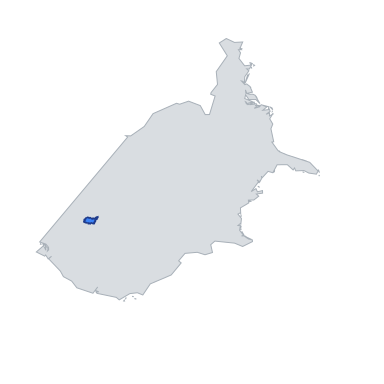 location of Beaverhead, Montana, United States of America, rotated 310°
{"feature_id": "52423323B11002176870348", "entity_name": "Beaverhead", "entity_type": "district", "adm_level": 2, "iso_a3": "USA", "parent_name": "United States of America", "parent_adm1": "Montana", "projection": "equal_earth", "projection_center": [-112.883, 45.148], "detail": "fine", "context": "in_parent", "style": "filled", "palette": "blue", "viewbox_px": 384, "rotation_deg": 310, "n_neighbors": 0, "source": "geoboundaries", "source_scale": "gbopen_adm2", "svg_char_len": 5935}
<svg xmlns="http://www.w3.org/2000/svg" viewBox="0 0 384 384"><g transform="rotate(310 192 192)"><path d="M299.8,133.2L319.0,131.5L323.7,117.1L331.6,119.6L333.9,128.4L339.5,134.4L332.6,136.5L332.6,138.2L330.9,136.1L329.8,139.7L324.5,142.1L322.5,151.2L326.6,155.1L328.7,154.6L327.8,152.9L328.6,153.7L329.2,155.6L323.1,156.9L321.5,154.8L321.4,157.7L314.2,158.3L309.3,162.0L309.5,159.9L308.8,158.5L308.2,163.5L309.9,164.4L310.1,168.6L307.3,174.1L302.8,170.7L304.6,167.3L302.3,169.7L304.0,173.5L306.0,175.7L306.7,178.2L303.4,187.2L303.9,181.5L299.4,176.2L300.9,170.6L297.5,172.3L300.1,180.5L296.2,178.0L295.0,178.3L295.7,175.7L295.5,174.9L294.6,176.9L294.8,178.7L300.8,181.9L299.8,183.4L296.9,180.5L295.9,180.0L299.5,183.5L300.9,184.2L300.4,186.3L298.6,184.7L301.6,187.9L301.1,188.3L299.6,186.7L296.1,185.9L300.7,189.0L303.3,188.9L307.0,196.7L303.9,190.7L305.2,194.6L300.1,193.7L304.2,197.6L305.8,196.5L304.1,200.0L299.2,198.8L302.3,200.6L300.1,202.4L303.2,203.7L298.0,204.5L296.0,210.2L291.2,211.8L283.0,222.3L281.6,221.1L279.1,230.8L279.1,233.2L281.4,240.7L290.4,263.1L289.1,275.1L285.6,275.8L281.6,269.3L280.4,264.0L274.9,257.9L276.3,255.1L273.9,255.3L274.2,247.5L267.6,239.7L258.7,241.5L256.7,237.0L247.8,236.6L248.8,234.9L247.4,236.6L243.4,237.4L243.1,234.0L242.6,236.4L230.4,237.1L235.7,238.8L234.2,242.0L238.4,245.1L236.5,246.8L231.8,242.6L231.7,245.8L225.6,244.5L222.0,240.4L220.1,242.5L211.0,239.3L206.2,243.7L207.4,242.5L204.6,241.4L203.5,246.9L198.3,250.4L199.5,249.4L195.9,248.8L197.3,250.7L193.3,253.0L192.0,259.2L190.1,258.2L191.7,259.8L192.3,265.5L194.1,269.0L192.9,270.2L182.8,265.8L180.2,257.5L169.1,241.1L163.7,240.2L158.8,246.6L152.3,242.3L149.2,234.8L140.5,226.1L130.7,226.0L130.7,229.3L115.1,229.4L94.8,219.1L81.5,220.5L79.7,214.9L74.2,209.7L62.6,205.6L62.6,201.7L53.3,184.4L53.7,182.6L55.6,184.8L54.5,181.1L58.7,180.8L50.8,181.2L44.6,165.4L46.4,157.1L44.5,147.9L46.8,142.0L48.7,125.2L52.5,125.7L48.3,124.8L49.7,120.4L48.2,120.4L46.0,111.3L55.5,112.8L53.4,117.6L56.7,114.2L56.2,118.2L53.9,119.2L55.5,119.4L57.4,117.7L58.2,113.6L55.8,107.4L192.7,107.4L192.5,105.0L195.6,109.0L211.5,113.3L227.0,111.8L250.0,123.1L251.3,126.1L259.4,131.0L263.5,142.8L259.8,152.4L262.6,155.6L280.4,148.0L278.9,143.5L280.4,142.7L290.8,142.4L299.8,133.2ZM316.8,160.4L319.8,159.8L309.2,162.8L317.8,159.2L316.8,160.4ZM56.4,111.2L57.5,113.8L57.4,114.2L55.7,112.3L56.4,111.2ZM193.9,268.0L192.4,263.0L192.3,260.2L192.6,263.1L193.9,268.0ZM333.4,136.9L333.7,138.2L333.1,137.9L333.4,136.9ZM222.2,241.8L222.5,243.0L221.4,242.1L222.2,241.8ZM67.0,210.0L68.4,209.4L68.5,209.6L67.0,210.0ZM65.6,209.6L65.1,210.4L64.6,209.7L65.6,209.6ZM326.0,157.1L325.3,158.0L325.1,157.8L326.0,157.1ZM192.9,257.6L192.3,259.8L193.9,255.4L192.9,257.6ZM287.7,255.7L289.4,260.1L287.4,255.2L287.7,255.7ZM73.8,213.6L74.4,214.7L73.7,213.7L73.8,213.6ZM289.7,275.7L288.7,277.2L290.3,274.2L289.7,275.7ZM307.8,199.3L306.9,201.0L307.3,197.0L307.8,199.3ZM55.2,109.2L55.1,109.9L54.6,109.5L55.2,109.2ZM197.4,251.6L195.5,252.6L197.4,251.2L197.4,251.6ZM329.1,157.5L329.3,158.5L328.3,158.3L329.1,157.5ZM73.7,216.8L74.2,218.2L73.5,217.0L73.7,216.8ZM195.1,253.4L194.3,254.0L194.9,253.1L195.1,253.4ZM306.4,179.9L305.5,182.1L306.5,179.1L306.4,179.9ZM205.6,244.7L204.4,245.6L206.2,244.1L205.6,244.7ZM279.5,232.0L279.4,233.8L279.2,232.5L279.5,232.0ZM303.7,204.0L303.3,204.3L304.4,203.0L303.7,204.0ZM261.9,241.2L260.5,242.1L259.9,241.9L261.9,241.2ZM242.8,237.1L242.5,237.4L241.7,237.4L242.8,237.1ZM278.8,264.2L279.1,265.5L278.5,263.9L278.8,264.2ZM239.1,239.7L238.9,240.8L238.7,238.7L239.1,239.7ZM286.5,278.9L285.7,279.0L286.9,278.6L286.5,278.9ZM309.9,169.4L309.5,170.4L310.0,168.9L309.9,169.4ZM306.0,201.3L305.5,201.7L305.4,201.7L306.0,201.3Z" fill="#d9dde1" stroke="#a8b0b8" stroke-width="1"/><path d="M105.2,137.4L105.3,137.3L105.2,137.2L105.3,136.8L105.4,136.7L105.6,136.6L105.8,136.5L106.0,136.6L106.3,136.6L106.5,136.7L106.8,136.7L106.8,136.8L107.0,136.7L107.2,136.8L107.4,136.9L107.5,136.8L107.6,136.7L107.6,136.4L107.8,136.3L107.8,136.2L108.1,136.1L108.3,136.2L108.2,136.2L108.3,136.3L108.5,136.3L108.8,136.3L109.1,136.3L109.3,136.3L109.5,136.3L109.7,136.2L109.9,136.2L110.0,136.1L110.2,136.3L110.3,136.5L110.4,136.4L110.6,136.4L110.8,136.3L110.9,136.2L111.0,136.2L111.4,136.2L111.5,136.2L111.9,136.2L111.9,136.3L112.0,136.3L112.1,136.2L111.9,136.2L112.0,136.1L111.9,136.0L111.9,135.9L111.9,135.7L112.0,135.6L112.1,135.4L112.0,135.2L110.5,135.2L110.5,134.7L109.3,134.7L109.1,134.7L109.1,134.4L108.6,134.4L108.5,133.8L108.4,133.8L108.4,133.2L107.7,133.2L107.7,132.7L107.1,132.7L107.0,130.9L107.0,130.6L106.8,130.3L106.6,130.3L106.4,130.4L106.2,130.3L106.1,130.2L105.9,130.1L105.8,129.9L105.8,129.7L105.9,129.3L105.9,129.2L105.9,128.9L105.6,128.7L105.6,128.4L105.4,128.3L105.4,128.2L105.2,128.1L104.9,128.0L104.7,128.0L104.4,127.9L104.2,127.8L103.9,127.6L103.8,127.4L103.4,127.4L103.3,127.5L103.1,127.5L102.9,127.9L102.7,127.9L102.4,128.2L102.5,128.2L102.4,128.2L102.1,127.9L102.1,127.6L101.9,127.4L101.8,127.1L101.7,127.1L101.6,127.4L101.4,127.5L101.2,127.6L100.9,127.7L100.7,127.7L100.6,127.8L100.3,128.0L100.2,128.2L100.1,128.3L100.0,128.1L99.9,128.1L99.7,128.2L99.6,128.3L99.7,128.6L99.6,128.8L99.7,129.0L99.8,129.2L100.1,129.2L100.2,129.3L100.1,129.5L100.0,129.8L100.3,129.8L100.4,130.0L100.3,130.3L100.4,130.5L100.6,130.7L100.5,130.8L100.5,131.0L100.8,131.4L100.8,131.5L101.0,131.7L101.0,131.8L101.2,132.0L101.3,132.1L101.4,132.3L101.5,132.5L101.8,132.8L102.0,132.9L102.0,133.0L102.0,133.3L102.0,133.5L101.9,133.6L101.7,133.6L101.8,133.7L101.9,133.9L102.0,134.1L102.1,134.3L102.3,134.3L102.5,134.4L102.5,134.6L102.8,134.6L103.0,134.4L103.1,134.5L103.3,134.6L103.5,134.7L103.6,134.8L103.7,135.0L103.8,135.0L103.8,135.3L103.9,135.5L104.0,135.6L104.0,135.8L103.9,135.8L103.9,136.0L104.0,136.1L104.1,136.3L104.3,136.4L104.2,136.5L104.3,136.8L104.4,137.0L104.5,137.1L104.9,137.2L104.9,137.4L105.0,137.5L105.2,137.4L105.2,137.4Z" fill="#3b82f6" stroke="#1e3a8a" stroke-width="1.5"/></g></svg>